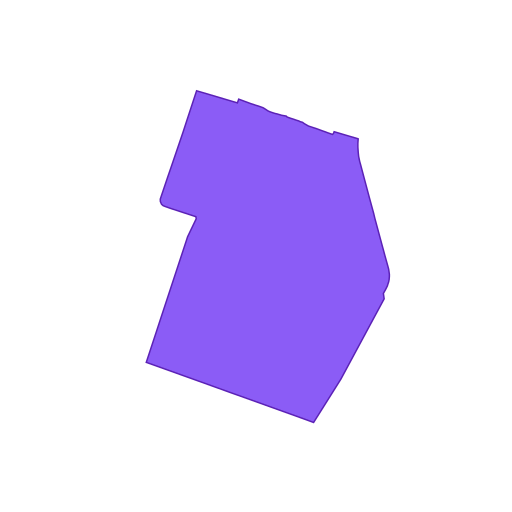 6 October-2, Al Jizah, Egypt (orthographic projection), rotated 325°
{"feature_id": "37247803B57962000824705", "entity_name": "6 October-2", "entity_type": "district", "adm_level": 2, "iso_a3": "EGY", "parent_name": "Egypt", "parent_adm1": "Al Jizah", "projection": "orthographic", "projection_center": [30.925, 29.941], "detail": "fine", "context": "isolated", "style": "filled", "palette": "violet", "viewbox_px": 512, "rotation_deg": 325, "n_neighbors": 0, "source": "geoboundaries", "source_scale": "gbopen_adm2", "svg_char_len": 1417}
<svg xmlns="http://www.w3.org/2000/svg" viewBox="0 0 512 512"><g transform="rotate(325 256 256)"><path d="M302.1,86.6L278.7,104.1L267.0,112.9L238.3,133.9L238.1,134.0L237.9,134.2L229.2,140.5L210.2,154.5L208.9,156.5L208.3,159.4L208.8,161.5L209.9,163.2L213.6,168.4L229.3,189.3L228.4,191.2L211.0,201.0L207.7,203.5L140.4,253.8L130.8,261.0L105.1,280.2L128.7,313.5L131.9,318.0L136.2,324.1L148.0,340.8L157.0,353.6L161.0,359.2L202.7,418.2L207.7,425.4L240.8,411.5L255.0,405.5L311.1,377.3L336.4,364.6L338.9,359.7L342.7,357.9L346.4,355.9L348.3,354.4L348.5,354.3L348.8,354.0L349.7,353.4L351.5,351.7L353.5,349.3L354.7,347.6L356.2,344.7L357.1,342.9L358.2,339.9L361.9,329.4L363.8,324.2L365.0,320.8L375.0,293.2L376.9,288.4L382.5,272.8L388.3,256.9L394.1,241.1L395.1,238.2L397.2,233.3L399.2,229.7L401.8,225.4L404.1,222.1L406.7,218.9L406.9,218.6L391.3,199.0L389.9,200.0L388.4,200.3L385.5,196.3L383.8,193.8L382.2,191.6L379.1,187.1L373.5,179.6L371.4,175.1L370.8,173.2L369.1,171.1L368.7,170.2L368.5,169.9L367.5,168.6L366.5,167.3L365.4,165.7L363.7,163.5L361.8,160.9L361.1,159.7L361.0,158.7L359.9,157.6L358.7,156.4L357.6,155.3L356.7,154.1L355.7,152.9L354.7,151.6L353.8,150.7L352.6,149.2L351.7,148.0L350.6,146.5L349.8,145.3L348.9,143.7L348.0,141.3L346.9,138.7L345.8,137.1L345.1,136.1L343.8,134.3L342.2,132.3L340.7,130.2L339.2,128.3L337.9,126.4L331.8,117.6L328.6,119.9L302.1,86.6Z" fill="#8b5cf6" stroke="#5b21b6" stroke-width="1.5"/></g></svg>